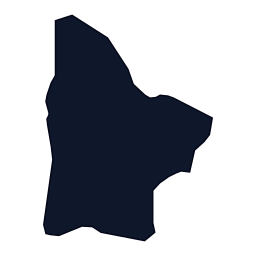 map outline of Celje (orthographic projection)
{"feature_id": "SVN-941", "entity_name": "Celje", "entity_type": "Municipality", "adm_level": 1, "iso_a3": "SVN", "parent_name": "Slovenia", "parent_adm1": "", "projection": "orthographic", "projection_center": [15.275, 46.255], "detail": "fine", "context": "isolated", "style": "filled", "palette": "ink", "viewbox_px": 256, "rotation_deg": 0, "n_neighbors": 0, "source": "natural_earth", "source_scale": "10m", "svg_char_len": 602}
<svg xmlns="http://www.w3.org/2000/svg" viewBox="0 0 256 256"><path d="M55.5,20.7L72.1,15.4L107.5,38.0L127.8,69.2L133.2,84.4L144.8,95.2L149.9,98.2L155.9,97.6L160.2,95.3L167.9,96.1L173.4,98.1L212.2,118.0L209.4,134.6L203.9,141.6L194.5,150.1L189.6,171.9L181.1,170.9L175.8,172.9L168.6,176.5L159.7,182.8L152.7,190.4L152.7,222.8L154.7,232.3L144.6,240.6L101.0,232.2L92.4,226.6L81.9,226.0L58.9,235.4L50.1,234.5L46.0,233.5L43.8,224.7L52.9,159.7L51.4,146.6L47.8,125.5L47.0,119.0L48.9,115.2L49.1,113.1L46.0,101.5L47.2,94.9L51.3,82.9L55.5,75.5L55.5,20.7Z" fill="#0f172a" stroke="#020617" stroke-width="1.5"/></svg>